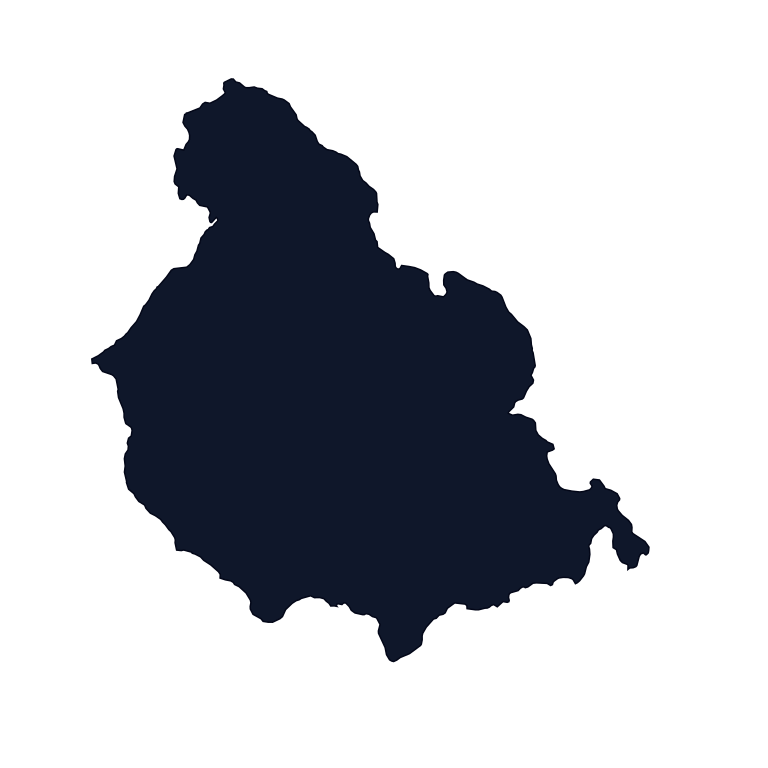 Perez Zeledon, San José, Costa Rica (orthographic projection), rotated 191°
{"feature_id": "36466004B81779324435882", "entity_name": "Perez Zeledon", "entity_type": "district", "adm_level": 2, "iso_a3": "CRI", "parent_name": "Costa Rica", "parent_adm1": "San José", "projection": "orthographic", "projection_center": [-83.71, 9.337], "detail": "fine", "context": "isolated", "style": "filled", "palette": "ink", "viewbox_px": 768, "rotation_deg": 191, "n_neighbors": 0, "source": "geoboundaries", "source_scale": "gbopen_adm2", "svg_char_len": 6163}
<svg xmlns="http://www.w3.org/2000/svg" viewBox="0 0 768 768"><g transform="rotate(191 384 384)"><path d="M356.6,484.7L358.3,487.2L359.3,491.8L361.7,498.0L361.8,500.0L362.8,500.7L369.8,503.0L376.1,504.1L382.0,504.1L389.3,503.7L390.3,500.5L391.2,499.7L392.8,499.5L394.3,500.3L395.4,501.6L396.2,504.8L398.3,508.8L404.5,512.1L408.2,513.3L416.3,516.9L418.0,522.5L419.8,523.7L422.5,529.6L427.4,535.1L428.9,539.1L430.5,541.5L430.9,543.2L430.3,547.1L429.0,549.6L427.0,551.0L423.5,551.5L424.3,559.1L425.6,561.3L427.7,569.7L428.6,570.9L431.4,573.0L436.4,575.2L440.0,577.9L443.7,579.7L447.2,583.7L448.6,587.5L449.9,589.2L451.3,592.6L453.2,594.3L463.9,600.1L470.3,601.4L473.0,601.4L475.4,602.5L478.8,603.2L484.7,603.2L488.8,605.0L490.2,606.2L493.7,607.1L495.8,609.4L499.0,615.1L502.9,617.9L504.9,618.7L506.0,619.9L509.0,621.2L511.0,621.6L518.9,626.4L520.1,627.9L521.6,631.5L528.7,638.2L530.7,641.2L536.2,643.8L538.3,644.3L543.1,644.3L552.6,646.3L554.0,647.0L554.9,648.8L557.1,649.2L560.0,650.6L564.8,650.2L568.1,650.8L573.0,649.1L575.7,648.6L577.3,648.7L583.2,652.0L587.1,652.2L590.1,654.6L592.2,654.3L598.3,649.7L598.7,648.8L598.1,646.8L598.0,643.0L595.5,639.9L595.7,638.6L597.8,636.0L602.5,630.8L608.4,626.4L613.3,626.3L615.5,624.2L617.4,619.8L629.0,612.4L629.7,612.3L630.2,611.0L631.1,610.5L631.2,602.4L628.7,599.2L625.5,596.7L623.3,593.5L622.2,590.9L621.6,586.9L622.3,584.4L624.0,581.4L625.2,575.4L631.5,575.6L632.4,575.2L632.9,574.4L633.6,567.7L628.2,555.7L629.2,547.8L628.6,542.7L627.2,540.5L623.1,538.4L622.3,531.9L619.7,526.9L617.6,526.6L616.1,527.1L615.1,528.3L613.7,532.0L611.2,532.2L607.0,529.8L603.6,528.6L601.8,526.3L599.0,524.2L591.1,524.1L587.6,519.8L587.1,518.3L587.5,514.1L585.9,510.3L585.1,509.6L584.3,509.5L583.6,510.2L580.5,515.5L579.2,514.7L578.3,513.1L578.5,512.2L580.9,508.6L582.1,505.9L585.1,504.3L586.0,502.1L587.2,501.3L588.5,499.3L589.1,496.5L591.5,492.4L591.7,486.9L592.6,484.9L593.0,478.7L594.3,474.8L594.6,470.0L597.3,464.2L600.0,461.0L612.3,457.1L614.5,455.1L618.0,447.4L624.4,436.2L625.1,436.1L625.7,433.9L627.3,431.8L628.9,428.2L630.7,421.4L633.2,416.2L634.7,414.5L636.6,405.5L638.9,398.0L643.0,391.0L645.4,385.4L646.7,383.9L648.0,381.4L650.5,378.5L654.8,375.4L656.0,370.7L659.0,368.7L661.1,366.3L664.5,363.8L665.4,362.0L670.0,357.1L675.6,352.8L674.3,348.5L671.1,349.6L668.7,349.1L667.3,347.9L665.5,345.1L662.6,342.6L653.1,341.3L651.1,340.5L647.9,337.8L643.9,328.0L644.1,326.1L642.0,320.0L635.4,310.0L633.6,305.8L632.8,301.7L630.3,296.6L629.7,295.8L624.4,293.5L623.3,292.4L622.4,290.3L622.2,284.7L624.4,282.1L624.7,277.0L623.1,274.3L622.7,270.4L624.6,266.0L624.6,261.1L622.4,254.1L622.0,248.0L618.1,239.3L618.0,238.1L614.6,232.0L608.5,228.6L606.5,225.8L602.2,221.9L595.9,219.5L593.9,216.5L588.7,212.6L583.3,211.1L577.4,208.5L574.9,206.2L571.8,204.1L567.3,199.9L565.0,198.5L560.1,193.2L559.1,191.1L558.8,188.3L555.9,181.4L551.2,181.8L549.0,182.8L540.8,182.2L540.0,181.3L537.0,181.0L531.1,179.3L527.3,176.5L519.6,173.4L510.6,168.1L508.4,165.8L507.9,162.2L502.4,161.5L496.8,161.5L494.1,160.5L492.4,158.7L487.5,157.4L479.5,152.5L473.9,146.3L472.9,143.9L472.9,140.2L472.3,137.6L468.6,132.9L459.9,130.1L457.4,127.9L452.1,128.1L447.9,128.9L441.4,133.7L439.3,136.3L437.5,143.8L432.3,151.2L428.9,154.5L426.1,156.0L424.2,157.8L415.6,162.1L411.6,161.0L406.3,162.1L402.0,161.8L399.3,159.8L396.1,158.2L393.9,155.9L390.5,156.7L387.9,156.7L388.4,157.1L388.1,159.0L387.2,159.5L383.2,159.5L381.8,161.4L379.7,161.7L375.7,158.9L372.9,155.6L368.8,153.7L360.9,153.5L359.4,153.8L357.9,155.1L354.7,155.1L351.0,153.5L347.4,153.2L346.4,152.7L342.0,147.2L342.4,140.5L341.8,138.2L332.6,125.5L329.9,118.8L325.9,114.3L323.6,113.5L321.6,113.4L318.8,115.4L315.9,118.6L307.5,124.2L298.2,134.4L297.7,135.7L297.7,140.1L298.5,144.0L298.4,146.7L296.1,153.4L290.6,162.7L288.0,164.0L285.8,167.6L282.1,169.2L280.3,171.0L279.0,175.9L272.8,182.6L262.5,183.4L260.4,182.4L259.6,179.3L251.1,179.8L248.1,180.4L242.1,183.2L239.8,183.8L238.1,185.0L236.3,187.2L234.2,188.4L230.3,186.9L225.7,193.1L221.4,193.2L219.9,194.1L219.8,195.5L221.0,198.1L221.2,200.6L220.9,202.0L219.8,203.3L212.9,206.8L211.2,209.5L209.2,211.3L207.4,211.5L206.5,211.0L204.1,212.2L199.7,216.9L196.3,217.9L185.8,219.4L182.0,218.0L180.4,219.2L180.2,221.7L179.3,223.1L176.5,226.1L175.2,227.0L171.2,228.4L166.2,229.2L162.7,228.8L161.1,228.1L158.0,224.5L156.3,225.8L154.4,228.2L151.6,233.7L150.9,235.9L150.5,243.2L149.0,248.3L149.4,256.0L150.8,261.2L152.0,263.5L152.0,265.0L150.7,267.0L150.7,271.8L149.2,275.4L146.5,279.2L145.7,281.6L143.3,283.4L140.5,287.0L138.9,287.4L136.2,286.2L134.4,286.0L133.4,285.0L130.3,280.7L129.6,277.5L129.4,273.5L127.9,267.1L124.2,265.7L122.4,261.6L118.4,255.9L115.9,254.2L110.5,253.3L109.8,252.3L109.2,248.5L107.7,250.3L104.3,251.2L102.0,252.7L101.2,254.0L100.6,263.4L99.7,266.0L97.2,267.7L94.7,266.2L93.9,266.4L92.4,268.6L92.4,270.8L92.8,274.4L97.8,279.2L111.2,284.7L112.6,286.2L113.2,290.5L114.3,293.4L118.0,296.8L125.1,300.5L130.1,304.5L131.2,306.0L132.4,309.4L132.1,312.7L130.7,315.2L130.8,316.6L134.2,320.8L141.1,323.0L146.9,323.5L148.6,325.8L154.2,330.9L160.4,330.5L162.7,327.2L162.6,325.9L160.2,323.4L160.8,321.0L162.1,319.3L167.8,316.5L171.2,315.4L179.1,314.7L187.1,314.7L189.9,315.5L192.1,316.7L194.0,318.7L196.4,322.4L197.6,326.7L198.7,328.6L206.9,337.1L209.5,341.4L210.6,344.5L210.8,348.4L205.9,351.3L204.6,352.8L206.7,357.0L212.7,358.3L214.3,359.5L218.2,360.8L222.9,363.5L226.1,367.4L228.0,374.7L230.3,376.9L231.9,377.7L238.5,378.5L243.7,380.0L246.8,379.8L251.9,377.9L256.4,378.9L256.3,380.4L252.3,386.2L252.1,390.5L251.3,392.0L249.1,393.9L245.5,395.6L244.4,397.0L242.8,404.3L241.0,409.1L238.0,413.2L238.0,416.4L241.4,420.6L240.5,423.6L240.1,427.9L239.1,429.6L239.1,431.0L243.6,443.1L245.0,445.2L245.2,447.2L246.8,450.6L248.5,456.7L253.6,464.4L257.4,466.9L264.7,470.5L272.0,476.5L275.4,478.5L279.0,482.7L284.7,491.8L286.3,493.5L290.6,495.5L292.8,496.0L296.1,495.7L298.7,497.2L305.6,499.2L311.6,499.9L315.1,501.1L322.2,502.1L332.2,506.8L334.7,507.5L337.5,507.5L342.7,506.0L344.8,503.8L345.5,502.5L345.2,497.0L344.2,492.7L341.2,489.7L339.6,486.3L340.2,483.9L342.2,480.9L348.2,480.9L349.9,480.1L351.6,480.2L356.6,484.7Z" fill="#0f172a" stroke="#020617" stroke-width="1.5"/></g></svg>